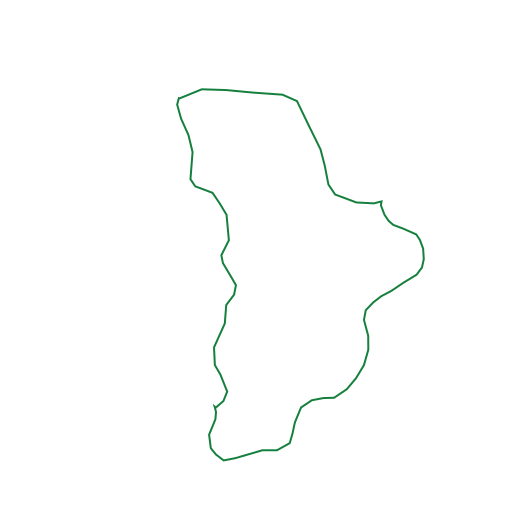 outline of Mogila, rotated 236°
{"feature_id": "MKD-2945", "entity_name": "Mogila", "entity_type": "Statistical Region", "adm_level": 1, "iso_a3": "MKD", "parent_name": "North Macedonia", "parent_adm1": "", "projection": "mercator", "projection_center": [21.416, 41.17], "detail": "fine", "context": "isolated", "style": "outline", "palette": "green", "viewbox_px": 512, "rotation_deg": 236, "n_neighbors": 0, "source": "natural_earth", "source_scale": "10m", "svg_char_len": 1129}
<svg xmlns="http://www.w3.org/2000/svg" viewBox="0 0 512 512"><g transform="rotate(236 256 256)"><path d="M122.0,111.1L134.1,117.2L143.3,131.0L149.0,135.6L154.3,137.5L152.8,137.9L154.0,147.9L159.7,156.3L177.7,160.2L188.6,160.9L203.7,170.1L217.5,192.4L232.0,203.9L236.2,216.2L243.1,223.1L255.9,223.9L268.6,224.6L276.0,227.7L284.2,242.3L306.6,254.6L319.4,255.3L332.6,255.3L341.3,249.2L347.7,244.6L356.3,244.6L377.6,261.5L393.9,267.6L411.8,270.7L425.6,275.3L430.0,280.3L429.4,280.8L424.5,304.3L410.3,324.0L393.3,344.7L374.9,368.2L361.5,376.6L336.0,372.9L308.3,369.1L292.4,363.5L274.7,356.0L262.7,356.0L244.3,369.1L233.7,383.2L231.1,390.6L228.2,387.9L218.4,385.6L210.8,385.6L205.0,387.2L196.4,393.3L184.3,400.9L177.9,400.9L168.7,398.7L159.5,393.3L153.7,387.2L150.7,378.7L151.4,363.4L151.4,348.8L152.6,337.4L152.0,327.4L149.7,316.7L142.7,309.8L127.1,304.4L115.5,296.7L105.2,284.5L98.8,270.7L94.8,256.9L94.8,241.5L100.6,232.3L105.2,221.6L105.2,208.6L96.5,195.5L94.8,193.6L88.5,187.1L82.0,179.3L83.2,164.8L91.4,152.6L100.0,125.7L104.6,114.9L113.8,111.8L119.1,111.3L122.0,111.1Z" fill="none" stroke="#15803d" stroke-width="2"/></g></svg>